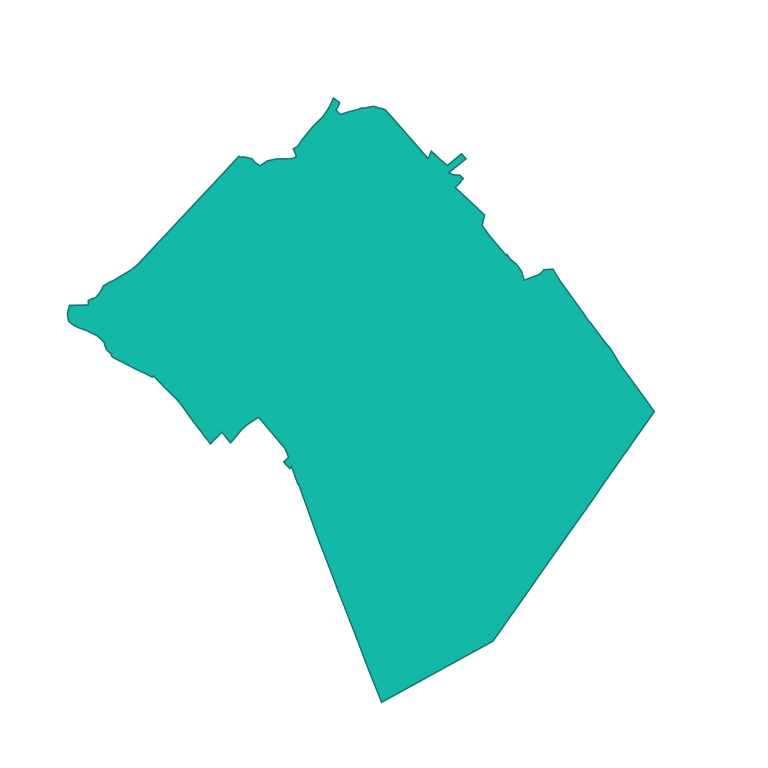 the district of Loon op Zand, Noord-Brabant, Netherlands, rotated 231°
{"feature_id": "6326949B71510094074769", "entity_name": "Loon op Zand", "entity_type": "district", "adm_level": 2, "iso_a3": "NLD", "parent_name": "Netherlands", "parent_adm1": "Noord-Brabant", "projection": "natural_earth1", "projection_center": [5.048, 51.641], "detail": "fine", "context": "isolated", "style": "filled", "palette": "teal", "viewbox_px": 768, "rotation_deg": 231, "n_neighbors": 0, "source": "geoboundaries", "source_scale": "gbopen_adm2", "svg_char_len": 6135}
<svg xmlns="http://www.w3.org/2000/svg" viewBox="0 0 768 768"><g transform="rotate(231 384 384)"><path d="M192.4,576.8L233.7,579.0L243.6,579.4L250.9,579.6L258.9,581.0L269.9,582.3L275.0,582.1L282.4,582.2L299.2,582.9L302.4,583.0L304.8,582.8L307.9,583.1L308.8,583.1L314.0,583.7L317.1,583.7L319.1,583.9L341.8,585.1L353.4,585.7L362.9,587.0L367.0,587.6L369.1,584.6L369.2,583.9L369.5,584.0L371.5,581.3L372.3,580.2L371.9,579.9L371.8,579.2L371.4,573.3L372.9,569.3L375.7,560.5L376.4,558.3L378.9,559.3L382.4,560.8L384.6,561.6L386.2,561.9L390.7,562.2L392.3,562.2L394.1,562.3L397.6,561.5L401.8,560.7L406.6,561.1L407.2,561.2L407.1,559.9L431.3,559.3L444.5,560.0L445.8,560.4L447.8,563.1L452.0,568.5L454.8,568.1L456.7,567.8L458.2,567.7L458.9,567.5L462.1,567.2L465.2,566.7L467.5,566.4L471.7,565.8L472.7,565.7L473.5,565.7L476.4,565.3L476.3,565.2L483.6,564.2L491.8,563.0L491.9,563.9L492.6,570.2L493.1,570.2L493.4,571.6L493.4,572.6L493.6,572.6L493.6,573.5L493.7,574.9L498.5,574.4L502.6,570.0L503.8,569.0L507.5,567.7L507.4,586.5L507.4,587.2L507.4,587.9L507.4,588.7L507.4,589.6L508.6,589.5L514.2,589.1L513.9,570.7L514.2,570.7L524.0,568.9L528.8,568.2L535.2,567.3L531.9,561.4L531.8,560.1L534.1,560.1L535.5,560.0L547.0,559.6L552.0,559.4L557.2,559.2L561.4,559.0L565.3,558.9L572.8,558.6L581.7,558.3L589.7,557.9L594.4,557.6L596.4,557.5L598.1,556.6L599.9,555.3L602.3,553.2L602.4,553.3L604.8,551.9L606.6,550.4L608.0,547.7L609.3,545.2L611.7,540.9L612.4,540.8L613.7,536.6L613.8,536.2L617.6,528.4L618.5,525.9L620.8,520.1L621.0,519.6L627.2,519.3L627.8,521.1L627.9,521.3L628.5,522.8L628.9,523.7L629.2,524.2L629.5,524.9L630.6,526.6L638.0,524.7L633.6,515.6L630.1,504.5L629.4,495.7L628.7,489.8L625.4,474.0L622.9,466.5L623.9,461.5L616.1,459.2L616.2,457.6L616.3,456.5L616.4,455.9L616.5,455.7L616.6,455.4L617.0,454.6L619.2,451.4L619.3,451.2L619.7,450.9L626.7,441.9L627.0,441.5L627.2,441.1L627.6,440.0L630.8,434.0L630.8,433.5L631.6,425.0L637.6,423.0L641.3,423.4L644.4,421.5L648.2,418.4L650.9,415.0L651.0,415.0L652.3,414.6L647.9,383.8L631.9,267.9L631.8,265.6L631.8,259.5L631.9,258.7L632.2,256.2L632.6,253.8L632.9,251.6L633.3,248.8L633.7,246.1L634.0,243.5L634.6,239.2L635.1,237.4L635.9,234.6L636.2,232.8L636.8,227.4L635.1,223.9L633.6,219.2L633.1,216.4L632.5,213.7L634.0,211.2L635.0,206.6L632.5,204.9L631.8,203.9L631.7,203.7L643.1,189.0L637.6,181.9L633.6,179.7L631.3,178.4L630.1,178.6L627.4,179.2L625.9,179.6L624.3,180.0L623.0,180.6L621.1,181.5L620.2,181.9L618.3,183.0L617.6,183.6L616.2,184.3L614.2,185.6L612.3,186.7L609.7,187.9L608.6,188.4L606.3,189.4L603.8,190.6L602.0,191.4L598.3,192.1L593.2,192.6L592.6,192.6L591.9,192.4L590.6,191.8L588.1,190.8L585.8,190.0L585.5,190.0L583.6,190.1L579.8,190.7L578.3,190.4L577.7,190.2L576.9,189.9L576.1,189.9L574.5,190.5L571.9,191.5L568.5,193.0L563.6,195.4L558.8,197.4L557.7,197.9L553.5,199.6L546.1,203.3L540.1,206.1L535.4,208.1L535.1,208.3L535.5,209.8L527.3,210.6L526.1,210.7L523.1,211.0L516.5,211.6L509.6,212.4L507.6,212.7L504.8,213.0L503.3,213.1L498.4,213.4L491.2,213.1L490.7,213.0L489.4,213.0L486.7,212.8L482.1,212.5L476.7,212.2L473.7,212.1L465.8,211.9L457.8,211.7L446.8,211.4L446.8,212.0L446.9,213.3L447.1,214.5L447.5,218.2L447.5,218.6L447.9,222.1L448.1,223.7L448.6,227.7L446.5,227.7L442.5,227.7L440.0,227.6L434.9,227.6L435.2,228.9L435.4,230.0L435.1,230.0L435.7,232.8L436.0,234.3L436.3,235.8L436.9,239.0L437.4,241.0L437.7,242.5L438.0,244.2L438.1,244.6L438.3,247.2L438.3,247.9L438.4,249.3L438.4,250.0L438.4,252.6L438.3,253.8L438.2,255.3L438.2,255.8L438.0,257.1L437.9,258.0L437.7,259.8L437.6,260.6L437.5,261.5L437.3,263.3L437.0,264.9L436.8,265.7L433.7,265.7L431.2,265.7L430.7,265.8L426.7,265.8L423.1,265.9L422.8,265.9L420.1,265.9L418.6,266.0L418.2,266.0L416.7,266.0L416.1,266.1L413.5,266.1L412.2,266.1L409.8,266.2L406.4,266.2L404.8,266.2L403.4,266.2L402.9,266.2L401.3,266.3L400.0,266.3L399.1,266.4L397.7,266.4L396.0,266.3L395.2,266.3L394.8,266.2L394.0,265.8L393.0,265.5L391.5,265.2L391.2,265.2L390.8,265.0L387.0,263.6L386.5,256.9L382.9,257.1L381.5,257.2L377.5,257.6L377.4,257.6L377.6,259.6L377.4,259.8L377.6,260.1L373.8,258.7L373.2,258.5L366.0,256.0L364.1,255.3L361.6,254.5L360.8,254.2L360.6,254.1L360.3,254.7L359.1,254.3L353.0,252.2L351.4,251.6L350.5,251.3L348.5,250.6L345.7,249.6L343.6,248.9L338.9,247.3L332.1,244.9L327.7,243.3L322.5,241.5L318.2,240.0L314.8,238.8L314.3,238.6L312.6,237.9L311.5,237.6L310.1,237.1L297.6,233.0L295.7,232.3L294.6,232.0L293.9,231.8L288.7,230.3L286.1,229.3L282.1,228.0L273.1,225.1L266.6,223.0L264.6,222.3L259.4,220.7L259.0,220.5L256.8,219.8L256.8,219.6L255.8,219.3L255.0,219.0L254.2,218.8L252.1,218.1L249.0,217.2L248.1,216.9L247.4,216.7L244.3,215.7L243.3,215.4L242.5,215.1L240.6,214.5L237.8,213.7L237.6,213.6L236.5,213.3L234.9,212.7L232.0,211.8L229.5,211.0L228.8,210.8L227.9,210.5L227.2,210.3L222.8,208.8L219.3,207.7L215.3,206.5L210.4,204.9L206.9,203.8L203.3,202.6L198.8,201.2L196.0,200.3L193.4,199.4L190.7,198.5L187.4,197.3L186.3,197.0L185.0,196.5L177.3,194.0L168.6,191.2L157.5,187.8L145.1,184.0L138.2,181.7L138.2,181.9L135.9,194.3L134.8,200.5L134.7,200.8L133.0,210.4L131.2,220.1L131.2,220.5L130.0,226.8L129.6,229.2L128.3,236.3L128.0,238.0L127.9,238.8L126.9,244.4L126.6,245.9L126.5,246.1L125.7,251.0L124.8,256.1L123.9,260.9L123.6,262.0L123.5,262.4L122.7,267.4L121.6,273.7L120.2,281.1L119.3,286.1L117.7,294.9L117.0,298.7L116.6,301.2L115.8,305.8L115.7,307.3L116.6,310.6L117.0,312.1L117.1,312.4L117.4,313.4L117.8,315.1L118.7,318.1L119.8,321.9L121.3,327.2L122.4,331.1L123.5,334.7L124.1,336.9L124.9,339.5L125.2,341.2L125.3,341.2L125.6,342.2L126.0,343.7L126.6,346.0L126.7,346.4L127.1,347.8L128.6,352.9L129.3,355.5L130.5,359.5L130.7,360.1L132.3,366.0L133.6,370.3L134.4,373.2L135.7,377.7L136.7,381.3L138.0,385.6L139.3,390.2L140.3,393.8L141.4,397.5L142.2,400.3L144.0,407.0L146.6,416.1L148.6,423.2L150.2,428.6L151.8,434.2L152.3,436.1L153.4,440.2L153.6,440.8L153.6,441.1L154.3,443.2L155.5,447.5L156.9,452.4L158.6,458.5L160.0,463.8L160.4,465.1L162.4,472.2L163.7,476.5L164.8,480.4L165.8,483.7L166.7,486.2L166.7,486.4L170.9,500.9L173.4,509.7L175.8,518.2L178.0,525.6L178.3,527.1L184.0,546.9L187.0,557.6L188.8,564.1L190.9,571.3L192.1,575.7L192.2,576.3L192.4,576.8Z" fill="#14b8a6" stroke="#0f766e" stroke-width="1.5"/></g></svg>